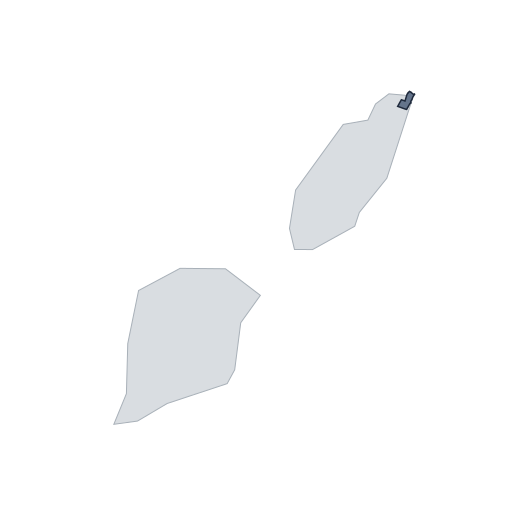 location of Aleipata itupa i Luga, Atua, Samoa, rotated 288°
{"feature_id": "51752279B27667429376440", "entity_name": "Aleipata itupa i Luga", "entity_type": "district", "adm_level": 2, "iso_a3": "WSM", "parent_name": "Samoa", "parent_adm1": "Atua", "projection": "robinson", "projection_center": [-171.453, -14.031], "detail": "fine", "context": "in_parent", "style": "filled", "palette": "slate", "viewbox_px": 512, "rotation_deg": 288, "n_neighbors": 0, "source": "geoboundaries", "source_scale": "gbopen_adm2", "svg_char_len": 1790}
<svg xmlns="http://www.w3.org/2000/svg" viewBox="0 0 512 512"><g transform="rotate(288 256 256)"><path d="M186.9,155.0L220.8,187.6L234.4,230.9L219.9,272.3L187.8,262.1L141.2,270.9L125.7,268.0L88.3,217.1L62.4,194.3L52.0,172.8L85.0,175.3L133.1,161.1L186.9,155.0ZM453.5,356.2L370.4,356.4L329.4,340.8L314.8,340.7L279.6,307.8L274.1,290.6L292.6,279.3L331.0,273.3L408.1,298.3L419.8,320.4L437.5,322.7L451.3,332.3L454.9,347.9L453.5,356.2Z" fill="#d9dde1" stroke="#a8b0b8" stroke-width="1"/><path d="M441.9,353.9L442.0,354.0L442.6,354.1L443.1,354.2L443.5,354.2L444.0,354.3L444.4,354.5L444.7,354.5L444.8,354.6L445.2,354.6L445.5,354.7L445.9,354.7L446.1,354.7L446.2,354.8L446.4,354.8L446.8,354.9L447.1,355.0L447.5,355.1L447.9,355.2L448.1,355.2L448.6,355.3L448.8,355.5L449.0,355.6L449.2,355.9L449.4,356.1L449.5,356.1L449.8,355.9L450.1,355.6L450.5,355.5L451.4,355.5L451.6,355.5L451.9,355.7L452.2,355.7L452.4,355.8L452.6,355.8L452.9,355.9L453.0,355.9L453.2,356.0L453.6,355.9L454.4,356.0L454.9,356.0L455.4,356.0L455.7,356.1L456.3,356.2L456.5,356.2L456.7,356.3L456.8,356.3L457.0,356.4L457.4,356.4L457.9,356.6L458.2,356.7L458.3,356.8L458.5,356.8L458.9,356.9L459.2,356.9L459.3,356.9L459.5,357.0L459.4,356.9L459.2,356.7L458.8,356.7L458.7,356.6L458.6,356.3L458.6,356.1L458.5,355.8L458.5,355.6L458.7,355.1L458.8,354.9L458.8,354.7L459.2,353.8L459.2,353.7L459.4,353.3L459.5,353.2L459.4,353.1L459.5,352.6L459.6,352.4L459.7,352.0L459.8,352.0L459.8,351.9L459.9,351.5L460.0,351.2L459.6,351.0L459.0,350.5L458.9,350.5L458.6,350.4L458.3,350.2L458.2,350.3L458.1,350.2L457.8,350.2L457.6,350.1L457.4,349.9L456.9,349.9L456.4,349.7L456.2,349.7L455.9,349.7L449.4,349.8L449.5,348.5L449.5,347.2L449.5,346.0L446.8,345.4L442.1,344.5L442.0,348.2L441.9,350.8L441.9,353.9Z" fill="#64748b" stroke="#1e293b" stroke-width="1.5"/></g></svg>